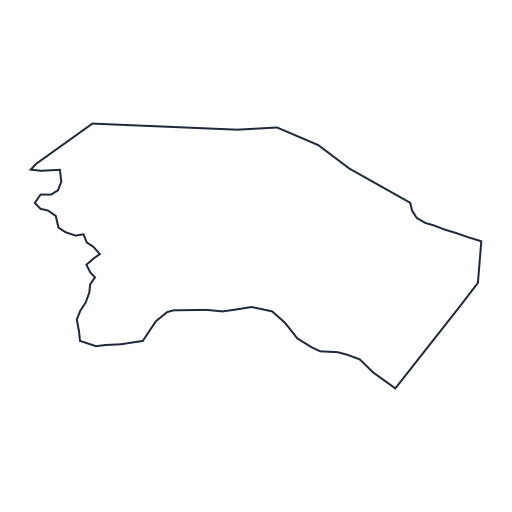 Teixeira, Paraíba, Brazil
{"feature_id": "56859067B68813180874934", "entity_name": "Teixeira", "entity_type": "district", "adm_level": 2, "iso_a3": "BRA", "parent_name": "Brazil", "parent_adm1": "Paraíba", "projection": "mercator", "projection_center": [-37.263, -7.252], "detail": "fine", "context": "isolated", "style": "outline", "palette": "slate", "viewbox_px": 512, "rotation_deg": 0, "n_neighbors": 0, "source": "geoboundaries", "source_scale": "gbopen_adm2", "svg_char_len": 923}
<svg xmlns="http://www.w3.org/2000/svg" viewBox="0 0 512 512"><path d="M237.2,129.7L178.0,127.2L92.4,123.6L36.3,163.7L30.7,169.6L41.2,170.8L59.9,169.8L61.3,181.8L58.0,190.3L51.0,194.6L40.5,194.6L34.8,203.0L40.5,208.8L47.9,210.5L55.8,216.0L58.4,227.6L65.5,232.2L75.6,235.6L83.5,234.3L86.8,242.5L93.5,246.9L99.8,254.1L94.0,258.2L86.4,264.7L90.2,272.3L95.0,277.4L90.2,284.3L89.3,292.6L85.7,302.4L80.1,311.1L76.8,319.5L79.0,331.4L80.0,340.9L96.1,346.2L105.5,345.0L120.5,344.3L142.8,340.9L155.9,321.2L167.1,312.1L173.8,310.3L206.7,309.9L222.5,311.4L233.4,309.9L251.6,307.0L272.2,311.4L285.0,322.8L297.4,338.5L311.5,347.2L320.1,351.3L337.7,352.2L347.1,354.7L359.8,359.4L373.2,372.5L395.3,388.4L460.3,305.8L477.9,282.9L481.3,241.3L469.0,237.5L456.4,233.1L445.0,229.7L433.8,225.4L425.2,222.9L416.7,217.9L412.1,210.7L410.2,202.8L349.4,168.6L318.4,145.2L277.1,127.5L237.2,129.7Z" fill="none" stroke="#1e293b" stroke-width="2"/></svg>